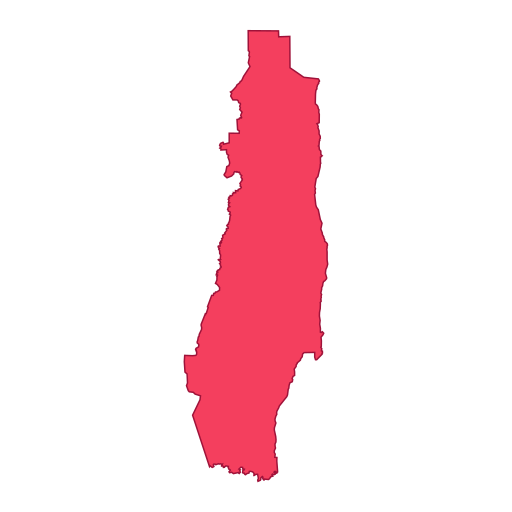 outline of Punilla, Córdoba, Argentina
{"feature_id": "61730980B72863725650935", "entity_name": "Punilla", "entity_type": "district", "adm_level": 2, "iso_a3": "ARG", "parent_name": "Argentina", "parent_adm1": "Córdoba", "projection": "orthographic", "projection_center": [-64.597, -31.2], "detail": "fine", "context": "isolated", "style": "filled", "palette": "rose", "viewbox_px": 512, "rotation_deg": 0, "n_neighbors": 0, "source": "geoboundaries", "source_scale": "gbopen_adm2", "svg_char_len": 6092}
<svg xmlns="http://www.w3.org/2000/svg" viewBox="0 0 512 512"><path d="M318.4,78.9L303.8,77.3L290.0,67.8L289.8,36.4L278.7,36.8L278.5,30.9L248.2,30.7L248.3,50.7L249.2,51.4L249.4,52.1L248.9,55.8L249.6,56.5L248.3,62.8L250.0,66.6L243.6,76.3L241.9,80.1L240.9,81.3L240.2,81.5L239.8,82.7L236.8,85.1L236.3,86.5L233.8,89.3L231.8,91.3L230.5,92.0L231.7,93.2L230.7,96.0L232.9,99.9L236.9,99.9L238.1,100.6L238.7,102.6L240.3,103.4L240.5,104.1L239.7,106.2L240.4,107.8L239.7,109.5L242.0,112.1L240.7,115.4L241.6,117.3L241.5,117.9L241.0,118.1L240.4,117.7L239.3,118.3L239.1,119.1L237.0,119.5L237.6,129.8L239.3,130.8L239.2,133.3L229.2,133.2L229.2,142.8L223.6,144.2L223.5,142.9L223.0,142.3L220.5,143.4L219.6,145.3L219.9,146.0L221.4,146.2L221.1,147.1L219.8,148.1L221.2,149.3L221.0,150.0L226.5,149.7L226.5,152.3L227.2,154.4L228.6,155.2L228.0,157.2L229.3,160.7L229.7,163.1L228.9,165.6L226.8,166.6L225.8,171.9L224.1,174.6L224.4,175.5L227.0,177.8L231.6,176.0L233.8,173.8L233.8,172.8L234.6,171.6L235.6,171.9L236.4,171.6L236.9,172.2L237.6,171.8L238.5,172.5L239.3,172.2L240.0,173.3L240.2,174.5L241.7,175.5L241.1,176.8L241.1,177.5L242.2,178.8L242.0,179.5L242.3,179.9L239.9,183.5L240.6,184.9L240.1,186.0L241.1,186.8L241.3,187.6L240.2,188.7L238.2,189.5L237.9,190.9L235.5,190.6L235.6,192.7L233.4,192.5L233.6,193.4L232.5,193.9L232.4,195.3L231.4,195.9L230.2,195.6L229.9,196.7L228.8,197.3L229.4,198.1L228.2,199.2L229.0,200.5L228.4,202.5L229.6,202.9L228.5,204.2L228.6,205.6L229.8,206.7L228.3,207.3L227.6,209.6L228.2,210.2L228.3,211.1L230.2,212.1L230.2,213.0L229.4,214.1L230.5,214.8L230.6,215.3L230.1,216.2L229.6,220.5L228.9,222.6L228.4,223.2L228.4,224.3L227.5,224.6L226.8,225.7L228.1,227.0L228.2,228.3L226.5,228.6L226.3,229.2L226.8,230.3L224.7,233.0L225.2,233.8L222.6,235.3L222.9,237.5L222.6,238.2L221.7,238.5L222.2,240.0L221.2,240.8L221.5,242.5L221.0,243.0L220.4,242.0L219.8,242.9L220.2,246.0L218.4,246.0L218.1,246.7L218.7,248.1L219.4,248.5L218.8,249.3L219.6,250.6L219.7,253.7L220.4,254.4L220.6,255.6L220.2,258.9L220.6,259.4L219.4,260.0L218.7,259.5L218.3,259.8L220.3,261.5L220.5,262.9L219.6,263.5L220.6,265.1L220.4,266.0L221.1,266.6L221.0,267.5L220.0,268.2L219.6,269.6L218.6,269.8L218.2,270.4L217.6,270.3L216.9,271.6L217.4,271.8L217.1,272.3L217.6,272.7L216.7,273.2L216.3,274.5L217.0,274.5L217.6,275.0L217.3,276.0L216.7,276.1L217.0,276.6L216.9,280.0L215.5,283.4L217.3,284.5L219.6,287.5L219.5,290.3L216.6,292.0L215.5,292.0L214.8,293.4L213.7,293.4L213.3,295.4L211.7,295.4L207.5,306.8L208.2,307.4L206.2,313.6L205.4,313.6L205.1,314.2L205.3,314.8L204.8,315.1L201.2,324.2L201.1,325.2L201.7,327.8L201.5,329.6L199.3,334.2L198.9,336.6L198.3,337.0L197.7,340.5L197.2,341.6L197.2,342.9L198.7,344.3L198.8,345.3L198.5,346.9L196.1,348.3L195.6,349.3L195.7,350.0L196.3,350.2L196.3,351.6L196.7,351.9L196.6,354.4L195.8,355.4L192.4,355.7L184.7,355.4L184.3,361.7L185.0,372.1L187.1,374.0L187.5,383.0L186.5,385.7L188.3,390.7L189.3,391.8L193.3,392.3L195.1,394.1L200.5,395.8L200.0,399.8L192.6,415.2L209.5,466.6L210.0,465.8L212.2,467.4L213.3,466.9L213.9,466.5L213.3,464.8L213.5,464.3L214.0,464.1L215.3,464.2L215.8,464.7L218.4,463.7L219.1,464.1L220.5,463.7L221.2,464.0L221.4,464.7L222.4,464.2L221.8,466.0L222.6,465.9L223.3,466.6L223.4,467.4L224.2,467.3L224.2,466.7L224.8,466.8L225.9,465.9L228.4,466.4L228.1,467.2L228.9,469.2L229.8,469.5L230.3,470.1L229.0,471.8L229.6,472.7L231.7,472.3L233.4,473.6L238.6,472.5L239.0,472.7L238.9,473.3L239.2,473.5L240.3,472.2L239.7,470.5L240.3,469.8L238.9,469.1L240.9,467.2L242.6,467.4L242.8,468.8L244.4,469.2L244.0,470.0L242.9,470.1L242.6,472.6L243.1,473.1L244.4,473.2L244.6,474.1L245.0,474.5L245.6,474.7L246.6,473.7L249.0,473.0L249.3,471.4L250.3,471.3L252.6,471.8L253.7,473.0L254.3,474.2L253.8,475.1L254.0,475.5L256.0,474.3L257.6,474.3L258.4,478.4L257.7,480.1L258.0,481.3L260.3,480.3L260.7,479.6L260.9,477.8L262.3,476.5L262.9,477.1L262.8,478.7L263.8,480.0L264.1,480.0L264.4,479.1L268.5,479.5L269.7,478.5L270.6,476.9L272.8,476.1L271.9,474.9L272.4,474.1L274.0,474.7L275.3,474.1L275.4,473.6L274.0,472.3L274.4,471.5L275.3,471.4L276.7,473.1L277.1,472.8L277.3,471.7L277.6,471.7L276.8,461.1L276.9,457.5L274.8,457.3L275.2,454.1L274.3,452.5L274.3,450.8L275.5,448.0L275.1,446.4L275.0,444.1L275.9,442.0L276.0,439.6L275.7,436.4L274.3,430.0L274.4,427.8L275.9,423.0L275.1,420.9L275.0,419.1L275.8,416.2L276.8,414.3L276.6,412.7L276.9,411.1L278.7,407.8L279.3,406.0L286.8,396.6L287.5,394.9L288.2,389.3L288.8,388.2L289.1,385.3L289.9,382.8L292.3,381.7L292.7,379.5L292.1,378.7L293.0,376.4L294.6,375.4L294.6,371.9L294.2,369.1L296.1,366.5L296.2,364.8L297.2,363.5L297.2,362.9L300.4,360.1L300.7,358.7L302.2,356.8L302.6,354.0L304.1,352.6L314.7,352.4L314.7,357.1L315.5,359.7L316.7,359.7L322.1,354.2L322.0,353.3L322.5,353.0L322.4,351.1L321.4,350.9L321.4,350.4L321.8,348.7L320.8,347.2L321.3,346.4L321.4,340.8L321.0,337.2L322.9,334.9L323.7,333.2L322.3,331.7L321.2,332.5L320.4,332.2L320.4,328.3L319.7,324.2L320.1,320.4L319.4,316.0L319.5,312.5L320.2,308.7L320.4,303.8L320.2,302.5L321.1,301.4L321.0,299.6L320.7,299.3L321.3,297.4L321.1,296.1L321.6,294.4L320.9,293.4L320.9,292.6L321.7,289.1L321.6,287.8L322.6,285.8L322.9,283.3L323.6,281.5L324.7,280.9L325.8,279.6L326.5,278.8L326.7,277.9L325.4,273.3L325.8,269.6L326.9,267.1L327.7,264.1L327.1,260.0L327.1,252.0L326.8,249.1L327.1,248.0L327.1,246.2L327.5,245.3L327.3,243.8L326.2,242.4L324.7,241.3L324.7,239.7L323.8,237.9L323.7,236.8L322.4,234.5L322.3,233.0L320.8,229.0L322.0,223.2L320.3,219.5L318.3,209.8L316.5,207.1L315.8,205.0L314.6,194.4L315.4,193.0L315.0,190.6L315.5,188.7L314.8,187.1L316.2,178.5L317.9,176.5L320.1,167.1L320.3,164.1L320.8,163.1L320.5,162.6L320.4,157.1L321.6,156.5L321.7,155.7L322.0,155.6L320.9,154.5L320.8,151.1L319.4,149.6L319.0,146.1L318.5,145.9L319.0,145.4L319.3,141.2L319.8,140.5L319.6,139.4L320.3,138.4L320.2,136.2L319.1,134.0L319.1,130.9L317.9,127.6L318.2,126.5L317.6,124.7L316.9,123.7L319.2,122.7L319.3,114.3L318.8,112.4L319.0,109.7L318.4,108.9L317.8,106.4L316.7,104.9L315.5,104.0L315.3,102.9L315.5,94.1L315.9,90.2L316.7,89.3L316.9,88.4L316.7,88.0L317.6,84.8L318.7,83.4L318.5,82.8L318.8,82.0L319.4,81.5L319.4,80.7L318.4,78.9Z" fill="#f43f5e" stroke="#9f1239" stroke-width="1.5"/></svg>